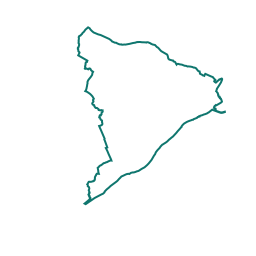 Mahajanga I, Boeny, Madagascar (Albers equal-area conic projection), rotated 204°
{"feature_id": "10022922B60996293868186", "entity_name": "Mahajanga I", "entity_type": "district", "adm_level": 2, "iso_a3": "MDG", "parent_name": "Madagascar", "parent_adm1": "Boeny", "projection": "albers", "projection_center": [46.344, -15.68], "detail": "fine", "context": "isolated", "style": "outline", "palette": "teal", "viewbox_px": 256, "rotation_deg": 204, "n_neighbors": 0, "source": "geoboundaries", "source_scale": "gbopen_adm2", "svg_char_len": 5753}
<svg xmlns="http://www.w3.org/2000/svg" viewBox="0 0 256 256"><g transform="rotate(204 128 128)"><path d="M158.1,207.6L160.8,205.5L164.2,203.2L165.4,202.7L167.4,201.6L168.1,201.7L169.2,201.1L170.4,200.9L172.5,200.9L173.3,201.1L174.7,200.6L177.9,200.6L178.7,201.1L181.3,201.7L190.9,201.8L193.3,201.4L198.3,201.3L200.4,201.9L202.4,202.7L203.6,203.5L205.4,203.7L206.9,200.5L207.4,198.0L208.2,196.2L208.3,195.0L208.7,194.3L209.0,193.1L209.7,192.5L209.9,191.5L210.0,191.5L210.0,191.1L209.9,190.7L209.5,190.3L209.1,189.4L208.9,188.6L208.7,188.2L208.6,187.5L208.0,186.6L207.8,185.5L206.8,184.8L206.3,183.6L206.0,181.1L206.4,180.9L206.3,180.6L206.0,179.8L205.1,179.1L204.7,178.1L204.1,177.7L203.3,177.5L202.9,177.1L203.0,174.1L192.5,173.0L192.5,172.5L192.3,171.8L192.8,171.5L193.2,170.8L193.2,170.4L192.9,169.6L192.9,169.2L192.5,168.5L192.4,168.0L192.4,167.3L192.3,166.9L192.2,166.6L191.8,166.3L191.7,165.6L191.6,165.4L191.6,164.7L191.3,164.6L191.0,164.7L190.5,165.1L190.3,165.4L189.9,165.5L189.5,165.4L188.1,165.4L187.9,165.7L187.9,166.3L187.3,166.8L186.6,166.8L186.2,166.6L185.3,165.8L184.5,165.5L183.8,165.3L183.3,165.3L182.7,165.1L182.9,164.0L182.4,162.1L182.4,161.7L182.8,159.4L183.7,156.0L183.8,154.8L183.8,153.9L183.6,153.2L183.1,152.3L183.0,151.4L182.4,149.2L182.3,148.5L182.0,147.4L181.8,145.6L182.0,144.3L180.1,144.4L176.8,143.8L175.3,143.3L173.3,142.4L171.1,140.8L171.4,139.7L171.3,139.2L170.6,138.6L170.5,138.2L170.3,138.0L170.6,136.9L170.7,136.1L170.6,135.7L169.8,135.1L169.3,135.0L168.6,135.1L168.2,135.1L167.9,134.8L167.7,134.3L167.2,133.9L166.7,133.7L166.3,133.4L165.5,133.2L164.8,133.6L164.5,133.7L164.0,133.5L163.2,133.4L162.9,133.2L162.6,133.2L162.1,132.5L160.7,132.8L160.3,132.9L160.0,133.3L159.4,133.6L158.8,133.6L158.5,133.4L158.3,133.6L157.8,132.7L157.9,132.1L158.2,131.8L158.3,131.4L158.3,131.0L158.1,130.3L157.8,130.0L157.8,129.6L158.0,128.4L158.4,128.4L158.7,128.4L158.9,128.0L158.8,126.9L158.6,126.1L158.3,126.2L157.2,125.5L157.1,125.2L156.4,124.6L155.5,124.3L154.9,124.3L154.6,124.0L154.1,122.7L153.5,122.1L153.0,121.2L153.0,120.7L153.3,119.8L153.8,119.4L154.3,118.8L155.2,118.1L154.7,117.6L151.8,115.0L145.0,108.7L145.0,107.9L143.9,106.9L139.0,101.8L140.1,100.7L139.8,100.5L137.3,98.4L135.1,96.3L130.7,92.4L129.9,91.5L130.2,91.4L130.5,91.3L131.0,91.0L131.9,90.1L132.1,89.8L132.7,89.2L132.9,88.7L133.3,88.4L133.4,88.2L134.1,87.7L135.1,86.5L136.0,85.9L136.8,84.1L137.3,83.5L137.4,83.1L138.2,82.3L138.5,81.8L138.6,81.4L138.8,81.0L138.8,80.6L139.5,79.3L137.7,76.7L137.4,76.0L136.9,75.3L136.0,74.3L136.8,74.0L137.1,73.9L137.9,73.5L138.0,73.1L138.0,72.8L138.1,72.3L138.0,71.4L138.2,70.8L138.2,69.5L138.0,69.2L137.7,68.5L137.7,68.2L137.3,67.4L137.3,66.9L137.4,66.1L138.0,65.9L138.2,65.5L138.2,65.1L138.4,64.9L138.8,64.7L139.6,64.0L140.7,63.4L141.7,63.1L142.0,62.8L142.0,62.6L142.2,60.5L142.3,59.9L141.6,59.6L141.1,58.8L141.0,58.4L139.6,58.1L138.8,57.1L138.6,56.3L138.6,55.5L138.4,54.9L137.9,54.6L137.5,54.1L136.9,53.5L137.1,53.0L136.7,52.7L137.0,51.7L137.0,51.1L136.5,51.1L136.3,50.7L136.0,50.7L135.8,50.6L135.8,50.4L135.5,50.2L135.4,50.0L135.5,49.7L135.2,49.6L135.1,49.3L134.5,49.2L134.4,49.0L134.1,48.9L134.2,48.3L133.6,48.0L136.9,41.3L135.7,41.2L130.0,50.5L125.2,56.6L124.1,57.8L123.3,59.6L123.5,60.4L122.5,63.2L121.2,65.8L120.3,68.0L116.8,74.2L116.2,75.4L115.5,77.7L114.8,79.5L114.3,81.0L113.4,82.0L113.1,82.3L111.5,84.2L110.5,85.3L109.1,86.3L108.1,86.5L107.8,86.9L107.4,87.7L107.0,88.3L105.5,89.4L104.9,89.6L104.1,90.2L103.3,90.9L102.3,92.0L101.5,92.6L100.9,93.1L98.9,96.2L96.9,98.8L95.5,101.8L94.7,104.0L93.7,107.7L93.5,108.6L93.0,113.4L92.6,115.1L92.7,117.1L92.1,119.6L90.9,123.0L90.9,123.5L90.6,124.7L89.9,126.7L89.3,127.4L88.9,128.1L87.6,130.0L86.7,131.6L85.7,134.2L85.1,135.3L84.3,137.0L83.5,138.4L81.8,143.4L81.4,145.0L80.1,149.0L79.8,150.2L79.5,150.6L79.7,151.2L79.4,152.7L78.6,154.8L76.7,157.5L75.7,158.6L74.5,159.8L73.4,160.8L72.9,161.4L71.9,162.0L71.7,162.7L69.2,165.2L68.9,165.7L68.9,166.3L67.8,167.1L67.8,167.7L67.2,167.8L67.2,168.3L66.9,168.7L65.7,169.6L64.0,171.4L63.4,171.8L61.7,173.5L61.2,174.4L60.7,174.9L58.6,178.9L57.7,179.0L51.2,179.4L49.4,179.6L48.4,180.0L47.3,180.8L46.0,182.0L46.2,182.3L48.1,180.7L49.2,180.1L50.0,179.9L53.1,179.6L55.8,179.5L55.9,180.3L55.5,180.8L55.6,181.1L55.1,181.3L57.7,181.3L57.7,182.0L57.9,182.5L57.9,182.8L57.7,183.0L57.7,183.4L57.4,183.7L57.4,183.9L57.2,184.0L57.1,184.5L56.8,184.4L56.5,184.7L53.7,188.5L53.0,189.8L52.9,190.3L54.1,191.7L54.3,191.8L54.8,192.1L55.0,192.5L56.1,192.5L56.5,192.8L56.2,193.2L57.0,193.8L57.3,193.5L57.8,193.5L58.4,194.2L58.8,194.3L58.9,194.5L59.0,195.1L59.3,195.4L59.5,195.4L59.9,196.0L60.5,196.6L60.8,196.6L62.2,197.5L62.4,197.5L62.6,199.7L62.7,199.8L62.7,200.1L62.6,200.8L62.1,203.8L61.6,207.5L61.7,210.3L61.9,211.0L62.3,211.3L62.5,211.3L62.8,211.0L64.3,209.5L64.2,209.3L64.4,209.2L66.2,205.2L67.6,205.4L68.3,205.8L67.7,207.4L69.9,208.3L71.2,209.0L73.2,208.9L73.3,208.9L79.3,208.9L79.3,208.5L79.5,208.4L79.6,207.8L79.5,206.7L80.4,206.7L80.7,206.5L81.0,206.5L82.2,206.8L84.0,206.8L84.4,206.9L84.8,207.8L85.1,208.1L85.6,208.8L86.1,208.6L86.9,208.6L89.2,209.7L89.9,210.2L91.7,210.3L92.6,209.9L94.1,209.9L95.9,209.5L98.0,208.8L98.6,208.4L100.2,208.4L101.6,207.9L104.5,207.8L107.0,207.1L107.8,207.1L108.7,206.8L109.3,206.3L109.4,205.7L109.9,206.0L110.6,206.5L111.2,207.1L112.0,207.5L112.8,207.5L113.4,207.3L114.4,208.0L115.1,207.7L118.1,207.3L119.4,207.8L121.0,210.0L122.1,211.0L128.8,211.7L129.9,212.1L132.7,213.4L133.7,213.7L134.5,213.7L137.1,214.8L139.5,214.3L141.4,214.3L141.7,214.5L142.3,214.5L142.7,214.5L142.9,214.4L143.5,214.5L144.8,214.4L145.7,214.0L146.0,213.5L147.0,213.3L148.2,212.8L150.7,211.8L151.3,211.7L153.1,211.0L153.8,210.5L154.6,210.3L154.9,209.9L155.5,209.5L155.8,209.1L158.1,207.6Z" fill="none" stroke="#0f766e" stroke-width="2"/></g></svg>